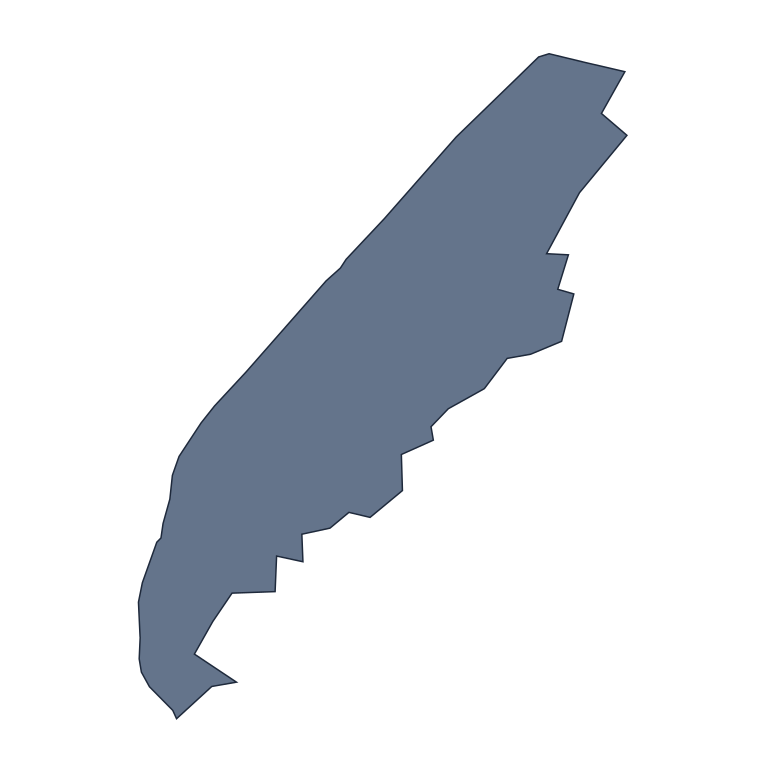 outline of Shumanay, Karakalpakstan, Uzbekistan, rotated 84°
{"feature_id": "79887680B6584573429161", "entity_name": "Shumanay", "entity_type": "district", "adm_level": 2, "iso_a3": "UZB", "parent_name": "Uzbekistan", "parent_adm1": "Karakalpakstan", "projection": "mercator", "projection_center": [58.919, 42.669], "detail": "fine", "context": "isolated", "style": "filled", "palette": "slate", "viewbox_px": 768, "rotation_deg": 84, "n_neighbors": 0, "source": "geoboundaries", "source_scale": "gbopen_adm2", "svg_char_len": 848}
<svg xmlns="http://www.w3.org/2000/svg" viewBox="0 0 768 768"><g transform="rotate(84 384 384)"><path d="M74.9,196.0L89.4,214.4L145.9,286.4L219.7,366.5L256.0,408.6L264.1,415.2L275.3,430.7L357.7,520.0L388.1,554.8L403.5,569.9L434.6,595.4L452.7,604.0L476.1,609.0L499.6,618.3L513.8,621.9L517.6,626.5L556.4,645.1L575.3,651.0L609.5,653.0L610.6,653.0L631.8,656.2L645.2,655.4L660.6,648.9L686.5,628.2L695.2,625.3L666.8,586.9L665.1,561.9L632.8,600.8L602.3,579.1L576.1,557.0L579.1,514.0L543.9,508.8L552.3,483.2L524.8,481.4L521.7,452.8L508.0,432.3L515.2,411.8L491.9,376.8L455.9,374.1L445.0,340.8L431.4,341.7L415.3,322.6L399.1,284.7L371.4,258.8L369.7,235.0L360.1,202.9L314.3,185.8L308.0,201.3L274.8,187.1L271.4,208.7L214.2,169.6L162.1,116.4L137.7,139.5L98.6,111.8L85.2,150.5L72.8,185.3L74.9,196.0Z" fill="#64748b" stroke="#1e293b" stroke-width="1.5"/></g></svg>